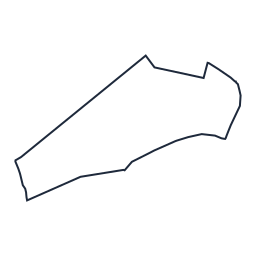 the district of St Lawrence Estate, Anse-la-Raye, Saint Lucia
{"feature_id": "8701671B81059330414733", "entity_name": "St Lawrence Estate", "entity_type": "district", "adm_level": 2, "iso_a3": "LCA", "parent_name": "Saint Lucia", "parent_adm1": "Anse-la-Raye", "projection": "equal_earth", "projection_center": [-61.042, 13.942], "detail": "fine", "context": "isolated", "style": "outline", "palette": "slate", "viewbox_px": 256, "rotation_deg": 0, "n_neighbors": 0, "source": "geoboundaries", "source_scale": "gbopen_adm2", "svg_char_len": 685}
<svg xmlns="http://www.w3.org/2000/svg" viewBox="0 0 256 256"><path d="M235.8,81.5L234.9,81.4L230.7,77.6L218.3,69.1L208.8,63.1L207.6,62.8L206.3,67.7L203.6,78.0L154.5,67.4L145.7,55.6L21.0,157.1L15.5,160.3L15.4,161.6L16.9,165.2L18.3,168.6L19.9,173.3L20.3,174.8L22.6,184.3L22.8,185.2L25.2,188.7L26.1,192.5L26.2,193.9L26.5,197.1L27.1,200.4L80.5,176.8L123.4,169.9L124.6,170.3L131.9,161.8L150.0,152.7L154.2,150.5L175.2,141.2L176.8,140.6L188.2,137.1L201.7,134.1L215.0,135.6L221.5,138.3L224.2,138.8L225.2,138.9L225.8,137.9L226.5,135.9L228.3,131.3L230.8,125.1L233.6,119.2L239.9,105.9L240.6,95.5L239.5,90.5L237.9,84.2L236.1,82.5L235.8,81.5Z" fill="none" stroke="#1e293b" stroke-width="2"/></svg>